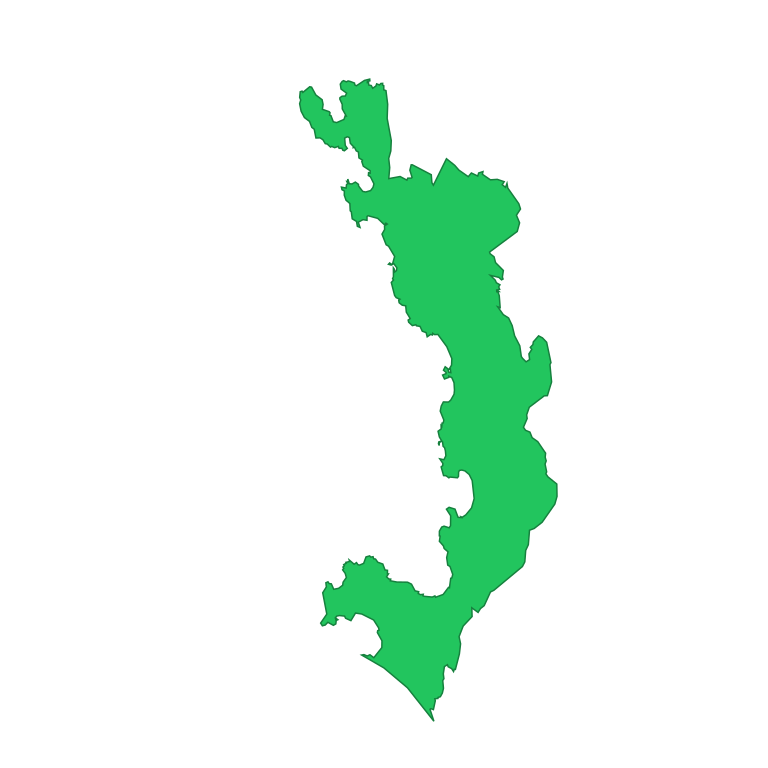 outline of West Mahe, Anse Boileau, Seychelles, rotated 37°
{"feature_id": "34574756B14018612202061", "entity_name": "West Mahe", "entity_type": "district", "adm_level": 2, "iso_a3": "SYC", "parent_name": "Seychelles", "parent_adm1": "Anse Boileau", "projection": "albers", "projection_center": [55.437, -4.697], "detail": "fine", "context": "isolated", "style": "filled", "palette": "green", "viewbox_px": 768, "rotation_deg": 37, "n_neighbors": 0, "source": "geoboundaries", "source_scale": "gbopen_adm2", "svg_char_len": 6170}
<svg xmlns="http://www.w3.org/2000/svg" viewBox="0 0 768 768"><g transform="rotate(37 384 384)"><path d="M361.5,149.8L362.7,153.8L358.5,153.7L358.2,150.1L351.3,152.4L346.1,156.9L336.4,157.3L335.2,154.8L332.6,158.5L333.7,161.5L326.8,162.9L326.5,167.7L315.1,168.1L308.9,166.8L298.3,166.5L303.8,195.5L301.1,194.4L295.8,188.4L274.7,191.9L273.8,192.6L276.0,197.7L282.1,202.1L282.0,203.1L279.1,205.3L279.6,207.4L272.0,208.6L264.2,217.1L258.3,207.7L252.0,201.0L249.2,193.8L243.3,185.2L226.7,170.0L218.6,158.4L209.0,148.5L206.8,149.2L204.3,145.9L202.9,146.1L202.0,144.7L200.6,145.9L200.4,147.9L197.5,148.7L198.2,150.9L197.0,154.6L194.2,153.3L191.9,154.4L190.4,152.7L189.3,153.4L188.7,152.4L190.3,150.4L189.1,149.1L185.7,153.3L182.5,162.4L180.7,162.7L179.3,161.4L174.9,162.7L172.9,163.6L172.2,165.3L169.1,166.1L168.5,167.6L168.6,170.8L172.2,174.3L179.1,174.2L179.8,177.3L177.3,179.4L176.5,181.8L177.2,183.0L182.3,185.8L185.1,189.4L192.5,192.7L191.6,193.2L192.8,196.8L188.9,203.7L185.7,205.1L180.1,201.6L178.8,202.1L177.6,199.8L176.3,199.5L169.5,201.7L167.1,197.4L163.5,194.2L155.6,194.2L147.5,190.5L145.8,191.3L143.7,200.0L142.3,199.4L141.2,201.0L144.2,205.9L146.6,207.3L147.9,210.9L153.6,216.0L160.1,219.1L166.5,219.1L171.9,222.5L174.9,222.5L181.6,228.5L184.8,225.9L188.3,225.7L192.4,227.4L194.3,226.5L198.7,227.0L199.3,225.7L202.4,224.9L204.5,221.7L206.3,222.8L208.6,221.1L210.4,222.1L212.0,221.6L212.9,217.9L209.5,216.8L204.6,211.3L205.9,208.6L208.1,208.0L212.2,212.0L217.1,212.9L217.2,213.7L218.2,212.8L221.5,214.5L223.9,214.1L227.9,218.5L232.1,218.2L232.4,219.7L236.4,222.5L244.6,222.0L246.0,223.9L244.5,224.5L246.0,226.9L248.5,226.7L255.5,230.2L256.9,233.6L256.9,237.6L253.8,241.7L251.1,243.0L244.6,241.2L243.4,239.9L239.6,240.0L238.1,243.4L235.8,245.0L231.8,242.1L233.0,244.2L232.3,244.6L234.5,245.7L234.1,247.4L235.8,250.3L231.5,252.4L233.5,254.1L236.2,253.7L238.6,257.1L243.1,260.1L248.1,260.4L252.8,266.0L254.2,266.1L259.2,271.2L264.2,270.7L267.8,274.1L270.6,273.4L266.1,270.2L268.3,265.4L271.9,263.5L269.6,260.4L270.0,259.2L279.3,255.5L287.7,256.5L288.8,255.8L288.7,254.4L290.4,254.3L289.2,257.4L291.5,260.2L292.2,265.5L301.9,271.5L304.7,271.2L315.7,275.7L318.5,282.8L317.8,284.0L315.7,283.9L315.5,285.7L318.2,284.7L319.4,282.0L324.4,283.5L325.7,285.9L325.1,288.2L323.2,286.1L321.6,285.6L327.0,292.7L327.5,294.8L329.0,295.2L328.7,298.5L339.2,306.9L341.8,307.7L345.7,306.7L345.3,308.2L347.2,310.0L351.1,310.1L354.3,308.5L358.6,313.2L365.6,316.0L364.8,318.4L366.5,319.8L371.5,320.3L373.8,317.5L374.9,318.0L378.1,316.3L382.8,318.8L386.7,317.6L390.1,320.3L391.4,316.4L393.2,315.7L392.4,314.2L394.7,314.1L397.2,312.0L411.7,316.4L422.9,322.9L426.6,328.3L427.1,333.2L427.9,332.1L430.5,334.7L428.6,335.6L425.8,333.4L422.5,333.4L423.2,337.2L426.6,337.4L427.3,338.4L425.4,341.6L429.3,343.6L431.8,339.7L431.0,338.8L434.3,338.1L439.1,340.8L443.9,346.4L446.1,350.0L447.0,356.7L446.4,359.6L442.2,362.6L443.0,367.2L445.2,371.8L453.5,376.8L454.7,379.4L453.9,380.3L455.6,383.0L454.6,382.8L456.7,385.4L455.6,389.2L460.1,393.0L465.0,395.0L464.5,395.0L464.0,395.3L462.6,397.3L463.4,398.9L465.1,399.9L463.4,397.4L464.5,395.0L465.6,395.0L468.7,398.2L470.7,398.4L473.2,400.4L476.6,404.1L477.4,408.4L473.6,410.2L478.8,412.0L480.0,413.8L479.5,415.8L486.7,421.3L488.8,419.9L492.3,419.9L492.7,418.6L499.1,414.7L499.1,413.0L496.5,409.3L496.3,407.6L497.9,405.9L500.9,404.7L506.5,405.0L512.5,408.0L525.0,421.3L528.5,430.3L528.1,439.3L526.7,443.3L525.7,443.6L526.5,443.9L523.4,445.9L516.0,441.2L510.2,443.3L509.2,446.4L516.5,449.1L522.4,457.1L522.6,459.6L517.5,461.4L516.2,463.5L516.8,468.2L519.6,472.0L520.4,471.7L522.9,476.3L528.8,477.5L531.1,479.2L536.1,479.5L538.5,484.9L543.9,490.3L546.5,490.0L553.5,494.7L554.9,498.1L554.2,499.0L558.9,507.3L557.9,507.6L557.9,516.5L553.5,523.3L552.2,522.6L550.8,525.1L543.8,529.4L542.5,529.7L541.9,528.3L539.9,530.3L537.4,530.7L536.7,529.0L533.3,530.5L526.4,527.3L522.1,528.1L513.5,534.4L507.4,537.4L506.8,535.8L505.2,536.8L502.1,536.5L501.8,533.0L501.0,533.6L498.9,530.7L496.7,531.9L491.4,528.5L486.3,530.1L482.6,528.9L480.9,529.8L479.2,528.5L477.6,530.2L476.0,529.9L473.7,532.9L475.7,539.5L473.4,543.4L471.9,544.0L469.5,543.2L468.6,545.9L462.2,545.5L463.4,546.4L460.9,549.4L461.7,549.8L460.5,552.5L461.7,553.0L461.4,554.9L462.8,555.5L462.8,557.3L467.0,558.6L470.4,561.2L470.6,566.9L472.1,569.6L470.7,574.5L467.4,578.2L462.2,575.3L460.3,576.4L458.3,575.7L457.2,577.7L460.1,580.8L460.7,587.6L476.8,602.2L477.3,613.1L480.3,614.2L482.1,611.9L482.6,608.1L488.8,607.2L489.9,604.6L488.1,601.6L489.0,600.0L487.2,600.0L487.2,601.1L485.8,600.1L486.0,597.7L487.8,595.7L492.2,593.1L494.3,594.2L500.0,592.9L499.1,584.1L504.6,581.1L517.7,578.7L526.5,582.0L528.2,583.6L527.4,584.8L528.3,586.5L536.9,590.3L540.9,595.8L540.6,608.7L535.7,608.7L534.3,611.3L530.8,612.2L529.3,613.9L554.7,610.8L585.6,612.5L626.8,623.3L616.5,616.1L616.8,615.1L619.4,614.3L615.6,606.1L614.0,604.8L616.3,602.7L615.8,601.8L617.2,599.8L616.6,595.7L614.6,591.2L609.4,585.5L609.2,583.3L605.8,579.8L602.3,573.3L603.6,570.0L605.4,571.2L609.3,570.6L612.6,571.8L611.8,569.5L612.8,569.0L606.7,554.3L601.5,545.4L596.0,540.6L592.9,529.7L594.3,516.7L588.8,509.9L596.6,509.8L596.2,505.3L597.4,500.7L594.2,486.0L595.9,482.6L604.4,446.5L603.5,441.3L597.3,431.6L596.0,425.5L588.2,413.2L590.9,409.0L593.5,399.2L592.7,377.1L589.8,369.6L582.2,359.9L570.8,359.5L567.3,358.3L566.8,356.3L560.8,351.0L559.8,347.8L556.8,345.5L554.7,342.0L541.5,337.5L534.6,337.7L529.5,334.6L524.9,335.8L521.4,334.6L519.1,325.4L516.5,322.8L514.0,315.1L519.1,297.0L521.5,295.0L516.6,281.5L504.8,268.6L504.5,266.5L488.8,252.8L482.8,251.8L478.5,252.5L477.9,260.5L479.2,262.9L478.8,266.7L481.2,267.4L481.6,272.7L485.6,276.9L484.1,280.8L479.1,280.1L477.1,279.4L469.5,271.8L459.3,266.9L451.2,260.2L443.8,256.3L437.5,256.8L428.3,253.9L430.8,253.1L422.9,244.1L419.4,241.7L420.2,241.0L418.4,241.0L418.9,243.0L417.4,241.1L419.4,238.8L417.1,237.4L416.9,235.0L412.8,235.5L410.3,234.1L403.6,233.2L411.6,229.7L415.2,230.1L415.9,228.5L414.2,227.4L411.0,221.5L400.0,219.9L395.4,216.2L390.3,216.1L388.9,215.1L398.6,182.0L395.3,173.7L388.2,169.5L387.7,162.1L383.2,158.9L364.9,153.0L361.5,149.8Z" fill="#22c55e" stroke="#15803d" stroke-width="1.5"/></g></svg>